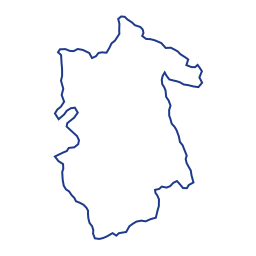 outline of Itaoca, São Paulo, Brazil, rotated 91°
{"feature_id": "56859067B84955452405179", "entity_name": "Itaoca", "entity_type": "district", "adm_level": 2, "iso_a3": "BRA", "parent_name": "Brazil", "parent_adm1": "São Paulo", "projection": "robinson", "projection_center": [-48.845, -24.614], "detail": "fine", "context": "isolated", "style": "outline", "palette": "blue", "viewbox_px": 256, "rotation_deg": 91, "n_neighbors": 0, "source": "geoboundaries", "source_scale": "gbopen_adm2", "svg_char_len": 2049}
<svg xmlns="http://www.w3.org/2000/svg" viewBox="0 0 256 256"><g transform="rotate(91 128 128)"><path d="M63.7,59.5L66.0,62.0L66.0,65.5L64.1,70.7L58.4,69.0L56.3,72.0L53.2,77.1L50.7,79.4L49.1,82.3L47.0,86.5L47.3,91.7L42.5,96.2L39.9,102.6L38.8,107.0L38.6,111.5L35.7,115.4L32.7,114.2L29.3,115.0L26.8,117.4L25.1,122.9L22.2,126.1L19.4,130.6L16.9,133.2L16.6,136.7L19.1,139.7L24.0,138.4L30.3,138.5L34.0,138.3L37.6,140.5L40.9,142.6L43.6,145.9L48.2,148.0L53.1,150.8L52.8,155.3L53.5,158.8L56.8,161.3L58.7,165.2L53.7,168.0L50.7,174.6L49.9,179.7L52.1,183.7L51.9,187.6L50.2,192.0L50.5,197.4L53.5,199.3L56.2,196.2L65.1,195.5L68.4,195.1L71.5,194.9L77.0,194.8L81.9,195.8L89.9,193.4L96.2,194.9L102.8,192.3L107.9,195.5L110.8,199.0L114.7,201.3L120.4,197.5L115.5,192.0L111.8,189.5L109.2,185.4L108.6,181.5L113.5,178.5L118.6,182.0L124.2,188.8L127.6,189.4L131.9,184.6L137.0,178.8L141.1,176.8L145.0,177.5L148.2,181.3L149.0,186.9L152.1,188.8L153.5,192.1L155.2,195.5L157.8,200.6L162.3,197.0L165.2,192.3L169.9,192.0L173.1,193.0L177.4,192.7L181.6,192.3L186.9,191.2L190.5,188.9L192.4,185.8L196.1,183.2L199.0,180.3L202.1,178.8L203.5,175.1L205.6,171.0L208.7,168.0L211.4,166.5L214.7,166.5L218.8,166.1L223.6,164.8L226.8,162.2L230.7,160.9L234.2,161.1L238.9,159.2L239.4,154.7L238.4,150.8L236.6,146.9L233.4,141.6L235.8,137.8L233.3,135.2L232.0,128.0L226.2,124.9L223.8,121.7L221.4,117.9L220.4,113.0L221.0,108.7L218.8,104.0L217.2,98.6L210.3,97.1L205.5,95.8L198.8,95.8L195.0,97.5L192.4,99.4L189.4,99.9L188.4,95.8L186.0,93.2L186.9,88.4L185.4,84.8L182.0,81.7L180.2,78.1L183.4,75.1L187.1,71.9L187.1,68.0L184.0,66.3L181.3,61.6L174.1,63.7L169.4,64.5L166.2,66.4L162.2,68.7L158.0,69.8L154.6,68.8L150.1,70.7L144.3,73.1L141.1,75.8L135.3,77.1L129.2,79.5L126.1,81.4L122.9,84.4L118.4,85.7L115.0,87.0L109.4,87.2L104.9,85.9L99.9,87.8L96.2,90.4L89.9,91.1L86.8,92.4L83.6,94.5L79.3,95.1L75.5,94.3L71.8,92.3L75.1,90.4L78.7,87.6L79.7,83.5L80.4,80.1L81.4,76.8L83.5,73.1L84.1,68.5L85.3,63.4L85.9,58.3L81.4,54.7L76.2,57.5L70.0,55.1L66.9,57.1L63.7,59.5Z" fill="none" stroke="#1e3a8a" stroke-width="2"/></g></svg>